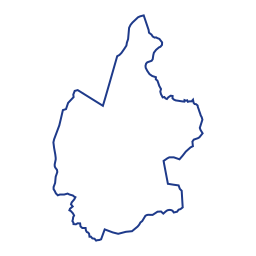 outline of Jucurutu, Rio Grande do Norte, Brazil
{"feature_id": "56859067B48899253663657", "entity_name": "Jucurutu", "entity_type": "district", "adm_level": 2, "iso_a3": "BRA", "parent_name": "Brazil", "parent_adm1": "Rio Grande do Norte", "projection": "natural_earth1", "projection_center": [-37.004, -6.027], "detail": "fine", "context": "isolated", "style": "outline", "palette": "blue", "viewbox_px": 256, "rotation_deg": 0, "n_neighbors": 0, "source": "geoboundaries", "source_scale": "gbopen_adm2", "svg_char_len": 2409}
<svg xmlns="http://www.w3.org/2000/svg" viewBox="0 0 256 256"><path d="M117.2,56.2L109.4,83.5L105.1,98.4L102.9,105.8L77.7,90.1L74.7,90.9L73.3,94.6L73.6,97.1L68.1,102.9L66.0,109.1L62.9,110.1L60.8,119.1L59.3,125.4L54.1,139.3L53.4,142.4L54.1,147.9L55.3,154.6L55.7,157.9L55.7,159.5L54.7,164.3L54.7,166.1L55.2,167.5L57.0,169.9L57.3,172.0L56.6,174.1L55.7,176.7L55.1,183.0L53.6,187.0L53.6,189.2L54.7,190.9L55.9,193.4L57.8,195.3L60.0,194.5L62.2,194.5L64.3,194.5L67.6,193.6L69.4,194.5L72.9,195.5L74.0,196.5L75.4,197.2L74.3,199.3L71.7,202.4L71.0,204.3L72.7,206.5L70.0,208.7L69.4,210.3L70.8,211.0L72.9,213.3L74.1,215.5L73.2,217.1L72.9,219.3L72.4,221.1L73.4,222.6L73.5,224.1L75.9,224.3L77.6,223.3L80.1,223.4L80.5,226.4L82.3,228.0L85.6,228.0L85.9,230.4L86.8,232.0L88.2,232.6L89.1,233.8L89.5,236.7L90.8,236.6L92.4,238.4L94.5,238.7L96.1,240.6L97.3,240.2L99.3,240.0L101.1,239.3L104.7,229.4L112.7,232.4L118.2,233.8L125.9,231.8L132.0,231.2L137.6,226.6L139.2,224.7L140.4,222.5L142.2,221.1L143.9,218.3L145.4,215.8L146.7,215.1L148.0,214.8L152.6,214.9L157.5,211.7L161.0,211.5L163.3,213.6L165.8,211.4L167.4,210.3L169.2,209.9L170.8,210.0L172.5,210.7L173.8,212.5L177.1,211.7L178.6,209.7L180.5,209.1L182.7,207.4L182.2,199.4L181.7,190.8L179.8,188.8L178.6,185.4L173.5,184.7L167.9,183.8L164.0,163.3L163.6,160.9L164.8,160.1L167.4,158.3L169.4,157.3L173.7,157.3L179.5,159.3L182.7,155.6L185.8,151.6L190.5,147.4L192.9,146.2L192.4,141.6L193.8,139.6L197.9,138.2L199.4,137.3L202.6,133.3L200.5,129.9L199.8,127.9L201.6,122.2L202.4,119.7L201.7,117.2L200.7,115.4L200.3,114.0L199.3,111.2L198.5,108.7L197.9,107.2L197.6,105.5L196.1,104.2L194.6,104.0L193.6,102.8L193.0,99.7L191.6,101.3L189.6,101.3L187.9,101.8L187.2,100.3L185.9,100.7L184.5,100.1L184.3,101.6L182.3,101.4L177.8,100.7L175.7,100.4L173.9,99.6L172.5,98.3L172.6,96.0L170.7,95.7L168.3,97.3L166.9,99.0L165.5,98.4L164.3,97.0L162.7,97.4L161.0,94.2L160.3,91.6L161.0,89.0L159.3,86.0L158.0,82.2L157.4,80.6L155.8,79.3L155.9,77.2L152.2,76.0L149.5,74.1L147.3,70.9L145.7,67.8L145.5,65.9L146.1,63.6L147.3,62.3L151.6,60.8L152.7,59.2L153.3,55.1L153.9,52.7L156.1,49.8L159.1,47.3L160.4,46.8L162.0,44.9L162.1,42.4L160.7,40.6L159.4,38.9L157.3,38.1L156.1,37.4L154.6,37.6L152.7,36.5L151.5,34.6L149.0,32.7L148.6,29.9L143.7,15.4L140.2,16.3L138.0,17.3L132.5,22.5L130.6,24.8L129.1,27.8L128.1,39.1L126.9,42.6L126.4,45.6L124.4,48.7L121.4,53.0L119.4,55.0L117.2,56.2Z" fill="none" stroke="#1e3a8a" stroke-width="2"/></svg>